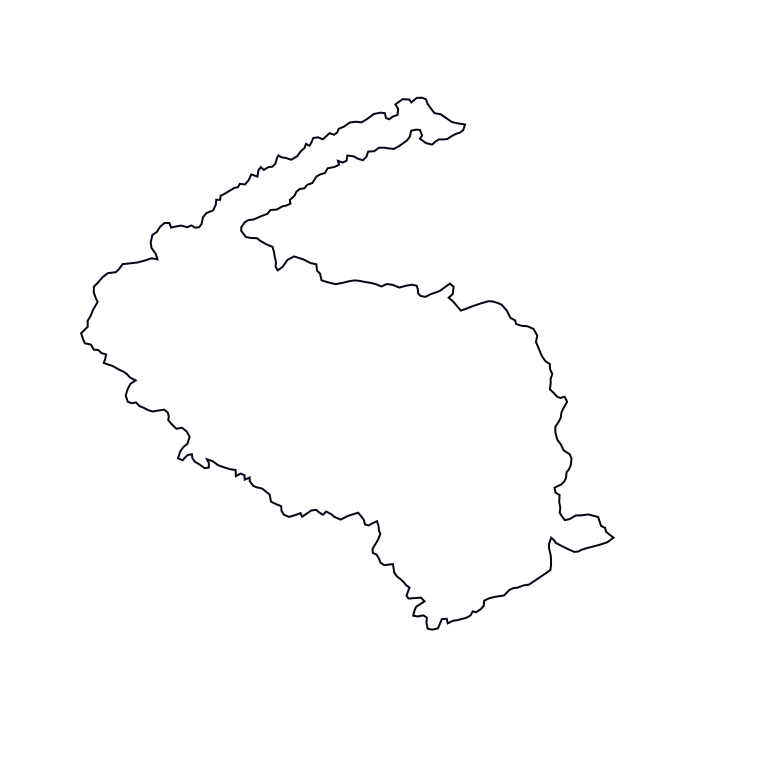 outline of Itapaci, Goiás, Brazil, rotated 54°
{"feature_id": "56859067B10600417055879", "entity_name": "Itapaci", "entity_type": "district", "adm_level": 2, "iso_a3": "BRA", "parent_name": "Brazil", "parent_adm1": "Goiás", "projection": "robinson", "projection_center": [-49.677, -14.921], "detail": "fine", "context": "isolated", "style": "outline", "palette": "ink", "viewbox_px": 768, "rotation_deg": 54, "n_neighbors": 0, "source": "geoboundaries", "source_scale": "gbopen_adm2", "svg_char_len": 5457}
<svg xmlns="http://www.w3.org/2000/svg" viewBox="0 0 768 768"><g transform="rotate(54 384 384)"><path d="M124.7,467.0L125.2,472.9L127.4,478.1L127.3,483.7L132.1,489.4L137.2,492.1L144.8,492.2L149.9,494.0L145.7,498.1L143.5,505.0L140.8,512.0L136.2,520.2L133.4,524.9L135.4,531.2L135.9,535.2L132.0,542.3L132.2,549.0L133.8,555.9L134.7,561.4L139.2,564.9L145.2,566.7L149.3,567.4L152.9,575.7L156.4,581.2L158.7,586.6L163.6,590.1L164.9,599.2L171.0,601.2L175.2,602.1L179.7,598.0L185.7,598.5L188.5,595.2L193.0,594.4L196.8,591.4L200.2,595.2L202.2,598.4L209.9,593.0L216.8,589.8L220.8,587.6L225.0,586.1L229.3,585.7L235.1,582.8L234.8,589.0L237.5,594.4L241.5,599.8L247.7,601.7L251.0,599.7L253.2,595.5L258.1,594.8L262.9,591.9L266.5,590.2L270.2,587.4L273.2,581.4L275.5,577.0L279.9,575.7L283.7,577.1L286.4,579.8L291.4,579.4L298.1,578.3L300.7,573.1L306.5,571.5L312.6,572.4L316.8,578.1L317.1,583.5L318.8,588.5L323.1,594.4L327.3,591.7L326.0,584.9L327.8,580.7L331.4,582.6L335.4,582.8L340.6,580.6L346.8,578.5L348.6,574.8L344.9,572.1L340.9,571.5L345.7,568.0L352.3,565.9L358.0,562.0L362.8,558.3L366.3,554.6L371.5,558.0L372.2,552.6L375.8,550.5L379.5,552.9L380.7,547.7L383.8,549.7L389.4,549.7L392.5,547.9L397.0,544.0L406.4,541.5L412.7,544.6L417.8,541.9L422.4,539.0L426.4,541.5L431.0,541.8L435.7,538.9L438.1,532.3L439.4,527.4L443.2,528.3L443.4,523.7L443.6,517.1L446.0,512.8L449.2,512.1L453.9,510.4L453.2,505.8L458.4,503.1L462.4,502.2L468.2,498.8L469.6,490.5L472.9,480.6L478.1,480.2L482.3,480.2L486.4,482.0L489.5,479.5L489.9,475.2L490.9,470.2L496.5,472.3L499.5,474.2L503.1,475.0L506.4,480.2L510.7,490.3L514.1,492.3L517.7,490.3L522.4,490.7L526.4,491.9L530.7,490.3L535.0,482.6L538.2,484.3L542.6,486.6L547.3,486.6L551.8,485.3L556.0,484.5L560.1,484.3L563.7,483.0L568.4,490.1L572.0,490.3L578.5,479.7L583.7,479.0L583.1,488.9L585.6,493.0L588.6,496.5L591.7,493.6L594.3,488.2L598.2,486.6L602.2,490.1L607.7,492.5L611.1,489.4L613.4,483.9L608.2,475.4L610.8,471.3L615.1,473.1L616.1,467.3L618.1,463.6L621.5,454.9L622.1,450.2L620.1,445.9L622.8,443.6L623.0,437.9L622.1,433.7L618.2,430.4L619.2,424.8L621.2,419.8L623.6,415.1L625.6,411.2L624.3,403.6L625.2,399.1L627.2,395.8L629.0,389.3L631.5,384.7L632.3,363.2L632.3,358.7L628.5,355.2L624.3,352.1L619.7,349.4L614.0,347.1L610.8,344.9L606.6,339.1L610.2,338.3L613.6,338.4L619.6,335.4L625.7,332.2L631.6,328.8L633.7,325.4L634.2,321.7L636.0,316.4L638.0,311.4L641.1,303.3L643.3,296.3L643.3,288.6L637.7,290.3L633.9,291.2L630.6,289.7L626.3,291.8L617.5,288.9L609.7,295.3L606.2,301.7L603.1,306.0L602.4,313.2L600.4,317.8L596.6,317.8L591.6,317.6L587.6,314.0L582.4,311.6L577.0,307.2L572.6,309.1L568.1,306.9L569.5,299.6L568.8,295.5L567.2,292.2L562.7,288.2L561.7,284.3L559.1,280.2L554.4,276.1L550.2,275.0L543.0,277.7L537.2,276.5L530.8,276.5L523.5,273.6L519.3,270.5L517.7,266.0L515.2,260.8L511.4,257.3L509.0,252.9L506.0,246.3L500.5,245.3L498.9,249.6L496.0,251.4L491.2,251.9L485.8,252.9L481.0,248.4L478.1,246.5L474.7,241.9L469.8,241.0L465.3,238.1L460.8,239.9L455.0,239.9L451.4,239.3L447.0,238.1L439.4,236.4L434.8,231.5L427.2,230.7L421.6,234.0L418.2,238.1L413.0,241.9L409.8,240.5L404.8,242.8L400.8,242.2L397.0,241.5L389.1,242.2L385.4,244.3L381.3,247.4L378.5,250.7L375.7,258.3L373.0,267.0L371.3,273.8L369.7,278.7L357.8,279.6L352.2,281.0L351.6,275.5L346.2,270.5L341.5,271.7L341.5,284.3L338.7,293.8L337.9,299.2L334.3,302.7L330.7,303.1L327.6,301.1L323.6,299.8L320.2,302.9L317.5,308.3L315.0,314.9L309.0,318.6L304.8,322.9L303.5,328.9L298.9,331.6L294.7,335.0L289.7,340.0L286.1,343.2L282.8,347.1L280.5,351.5L277.2,359.4L274.8,364.4L271.0,367.8L267.8,370.3L263.4,373.6L257.2,370.9L252.8,371.5L247.4,368.4L243.0,372.3L235.8,376.0L227.9,381.8L226.9,389.2L229.7,397.3L229.5,403.2L225.3,402.8L222.3,400.0L216.2,397.3L212.3,395.3L207.4,393.6L202.0,397.0L195.6,399.9L191.4,401.1L187.4,406.1L184.0,409.3L176.1,409.5L173.3,407.3L171.3,401.6L171.7,397.4L174.2,392.8L176.0,385.1L177.8,378.1L176.5,373.6L179.8,368.2L180.6,361.8L182.2,358.3L183.1,353.7L179.8,352.1L179.1,345.8L176.9,341.7L176.7,337.6L178.9,333.3L177.7,329.3L179.3,323.8L176.4,316.7L177.0,312.2L178.6,307.9L176.4,302.7L179.3,296.5L180.2,291.5L176.4,290.1L180.5,287.4L181.4,283.1L177.6,279.4L181.9,274.8L186.5,272.6L190.6,269.5L189.8,264.7L186.7,260.2L189.9,255.0L189.9,249.2L192.6,245.3L196.1,241.8L199.7,237.7L200.4,231.6L200.5,222.1L198.9,217.4L195.0,213.1L197.1,208.5L199.7,205.6L205.5,207.2L206.7,210.8L213.8,208.4L218.6,204.4L218.1,199.8L218.4,195.9L221.0,192.2L223.0,188.9L223.2,183.9L223.8,179.4L225.3,174.5L225.2,170.7L221.7,165.9L216.1,171.5L212.1,175.0L199.1,179.6L194.5,184.0L190.1,184.1L183.4,184.1L178.3,182.7L174.8,184.9L171.8,189.3L172.2,196.4L168.8,196.3L164.5,201.5L164.5,205.5L164.5,210.4L169.8,210.9L174.3,214.9L172.8,219.5L172.9,224.1L170.0,226.1L165.5,224.1L162.4,227.4L159.6,233.5L159.7,242.0L159.1,248.4L155.3,252.6L152.4,257.9L152.2,265.5L150.9,270.7L153.0,274.0L153.0,277.9L149.1,280.6L149.5,284.5L150.1,289.7L145.6,292.4L143.4,296.7L145.7,300.3L147.5,304.3L143.9,306.0L146.3,309.5L146.8,314.5L148.7,320.3L148.0,327.3L144.0,330.1L140.2,333.7L137.0,335.1L139.0,338.7L141.8,342.2L142.6,346.5L140.6,350.0L140.2,355.4L136.1,356.2L137.3,359.9L141.8,364.5L136.4,368.2L139.5,373.6L140.9,379.2L137.3,382.9L138.9,386.4L137.4,389.9L136.8,396.5L136.4,401.6L135.7,405.6L138.7,408.3L136.3,411.4L140.1,414.7L143.1,420.1L141.3,427.3L142.8,432.5L147.3,437.6L148.5,441.3L146.4,445.0L142.6,446.5L141.4,451.1L136.4,455.2L133.9,460.6L132.3,464.3L127.6,463.0L124.7,467.0Z" fill="none" stroke="#020617" stroke-width="2"/></g></svg>